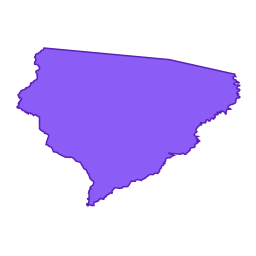 Rio Verde de Mato Grosso, Mato Grosso do Sul, Brazil (Equal Earth projection), rotated 91°
{"feature_id": "56859067B91033371864986", "entity_name": "Rio Verde de Mato Grosso", "entity_type": "district", "adm_level": 2, "iso_a3": "BRA", "parent_name": "Brazil", "parent_adm1": "Mato Grosso do Sul", "projection": "equal_earth", "projection_center": [-54.894, -18.785], "detail": "fine", "context": "isolated", "style": "filled", "palette": "violet", "viewbox_px": 256, "rotation_deg": 91, "n_neighbors": 0, "source": "geoboundaries", "source_scale": "gbopen_adm2", "svg_char_len": 5835}
<svg xmlns="http://www.w3.org/2000/svg" viewBox="0 0 256 256"><g transform="rotate(91 128 128)"><path d="M102.6,236.3L103.3,236.1L103.6,236.8L104.1,237.0L104.3,237.6L105.2,237.3L105.4,237.8L105.8,237.4L106.1,237.9L106.6,237.7L107.1,237.8L107.9,238.3L108.3,238.8L108.8,238.4L109.1,239.3L109.7,238.9L110.1,237.9L109.9,237.2L110.5,235.6L110.7,234.8L111.5,234.5L111.9,234.1L112.5,233.2L112.4,232.5L112.7,231.8L114.1,230.9L113.8,230.2L113.8,229.3L114.2,229.0L114.4,229.5L114.9,229.4L115.2,228.6L115.6,228.0L115.0,227.9L114.5,227.5L114.8,227.1L114.6,226.2L114.9,225.5L115.5,225.4L115.4,224.6L115.6,224.0L116.3,223.7L116.6,222.9L117.1,222.6L116.2,220.8L116.6,219.9L117.2,219.7L117.8,218.2L118.3,217.8L118.6,216.9L119.4,216.5L120.0,216.7L130.5,216.4L130.9,215.6L131.5,215.4L132.0,214.3L132.4,213.9L132.8,213.7L133.3,212.0L133.9,211.5L134.8,211.3L134.8,210.0L135.3,209.5L135.4,208.7L136.1,207.7L136.7,207.3L138.4,207.3L138.9,207.7L143.2,209.1L146.1,209.7L146.2,208.4L147.5,206.9L148.6,204.4L149.1,203.9L150.7,203.0L152.1,202.6L153.1,201.9L153.4,199.7L153.9,198.1L154.9,197.1L156.7,193.6L158.4,189.6L158.2,187.5L158.2,186.8L158.5,186.3L158.2,184.8L158.4,183.2L160.0,181.1L161.8,179.7L162.8,176.7L163.0,175.2L163.6,174.6L165.9,173.6L166.3,172.9L168.9,171.7L169.7,170.9L170.2,169.7L171.7,168.3L172.2,168.1L172.9,168.2L174.4,167.2L175.2,166.1L176.3,166.2L177.2,165.5L178.4,165.5L178.9,165.2L179.3,164.5L179.8,164.5L181.2,163.0L181.2,162.2L181.6,161.9L182.3,161.5L183.6,161.3L185.7,162.1L186.6,163.3L188.0,164.8L188.6,164.9L189.5,164.0L189.7,164.8L191.2,165.7L191.7,165.9L192.3,165.5L192.8,166.2L193.5,166.1L194.1,166.3L194.5,165.9L195.0,165.7L196.8,165.7L197.3,165.4L197.8,165.4L198.2,165.9L198.8,166.2L199.3,167.1L199.9,167.0L200.3,166.3L200.3,165.4L202.9,166.1L203.4,166.2L204.0,165.9L204.4,166.3L204.2,166.9L204.5,167.6L204.9,168.0L205.5,167.9L206.5,166.8L206.3,166.3L205.8,166.2L205.5,165.4L205.8,163.9L206.3,162.2L206.0,161.7L206.1,160.7L205.4,160.6L204.3,161.1L202.6,160.5L202.5,159.8L202.6,159.0L202.4,158.5L201.7,158.2L201.9,157.5L201.5,156.6L201.1,156.0L200.0,155.9L199.4,154.5L198.8,154.4L199.1,153.4L199.6,152.4L199.7,151.5L199.4,150.8L198.2,150.8L197.9,150.0L197.6,149.6L196.8,149.4L196.8,148.6L195.7,148.2L194.5,146.0L193.5,145.4L193.3,144.7L193.6,143.1L193.2,142.6L191.9,142.9L191.2,142.8L187.9,140.1L188.0,138.6L188.5,135.9L188.5,134.9L188.2,134.3L188.1,132.9L186.6,131.3L186.8,129.7L186.6,128.6L186.7,127.8L185.7,126.5L181.6,124.2L181.0,123.6L181.3,122.9L181.2,122.0L181.0,121.2L181.2,120.6L181.2,119.9L180.1,119.2L179.5,118.2L179.3,117.5L179.8,116.1L179.8,115.4L179.7,114.7L180.3,113.8L179.0,112.5L178.7,111.5L178.0,110.0L176.7,108.8L174.3,105.6L174.0,104.9L174.2,102.2L173.8,101.5L173.1,100.9L172.6,100.1L172.7,98.1L172.9,97.3L170.4,95.6L169.8,95.8L168.9,95.6L167.6,94.2L165.6,93.8L165.1,93.1L164.4,91.8L164.0,91.7L163.0,92.0L162.6,91.6L162.8,90.6L162.3,90.7L161.9,91.2L161.3,90.4L160.7,90.0L158.1,89.6L157.6,89.1L157.1,87.5L157.1,85.6L156.3,84.5L155.9,83.7L155.2,83.4L154.6,81.6L152.4,87.4L153.3,75.6L153.2,74.6L152.2,72.8L152.4,72.2L153.2,71.2L153.4,70.5L153.2,69.9L152.8,69.3L150.6,67.3L149.4,65.8L148.8,65.4L147.8,65.5L147.0,64.9L146.4,63.4L146.5,62.0L146.2,61.4L145.5,60.7L144.8,60.6L143.7,61.0L143.0,60.7L142.6,59.4L141.4,57.9L140.2,56.9L139.9,56.1L139.4,56.3L139.4,57.1L139.8,57.8L140.4,58.2L140.6,58.8L140.1,59.1L138.1,57.7L137.6,58.3L137.6,59.3L137.0,59.7L136.0,59.2L135.3,57.9L134.9,60.8L133.4,61.7L133.0,61.5L132.0,60.7L131.1,59.5L130.5,59.0L129.8,59.8L129.2,60.0L128.4,59.9L127.5,59.6L124.6,57.2L123.7,55.9L123.6,54.6L123.0,54.6L122.0,55.7L121.5,55.6L121.3,54.9L121.6,54.2L121.7,53.6L121.5,53.0L121.6,51.5L121.4,50.7L120.9,50.3L120.4,50.1L119.2,50.2L118.8,49.9L118.3,49.1L118.3,48.5L118.5,48.1L119.5,47.7L119.6,47.1L119.6,46.5L119.2,45.9L117.7,45.5L116.7,44.4L116.5,43.8L116.5,43.1L117.6,42.9L117.4,42.3L115.5,40.9L114.5,41.2L114.0,41.7L113.4,41.8L113.0,41.1L113.3,39.4L113.2,38.7L112.8,38.2L112.3,38.2L111.3,39.2L110.9,39.2L110.5,38.7L110.5,38.1L110.8,37.4L111.2,37.0L111.5,36.4L111.3,35.5L110.8,35.2L110.0,36.0L109.6,35.9L109.5,35.1L109.6,33.9L109.9,32.7L110.3,32.3L110.8,31.0L111.9,31.1L112.4,30.5L112.0,30.1L111.0,30.2L108.1,29.7L107.7,29.1L107.7,28.2L107.3,25.7L106.6,26.4L106.6,27.8L106.2,28.3L105.6,28.5L104.3,28.0L102.7,25.3L102.7,24.5L101.5,21.7L100.5,20.8L98.8,20.7L97.1,20.3L96.6,19.8L96.1,18.6L95.9,17.3L95.4,16.7L94.8,16.8L94.4,17.2L94.0,18.7L93.5,19.0L93.1,18.9L92.5,18.0L91.9,18.2L91.6,19.9L91.2,20.0L90.1,19.0L89.5,18.1L88.8,17.3L88.3,17.0L87.8,16.9L87.3,17.4L87.0,18.3L87.1,19.2L86.8,19.9L86.2,20.1L85.2,19.5L84.2,18.6L83.9,17.4L83.4,17.1L83.1,18.2L83.1,20.8L82.9,21.8L82.6,22.6L82.2,23.0L81.8,22.9L81.0,21.8L80.7,20.5L81.2,18.1L80.6,17.8L79.9,18.9L79.5,20.0L79.1,20.5L78.4,20.7L78.0,21.3L77.9,22.4L77.3,23.1L76.0,23.9L75.6,23.8L75.2,23.5L74.7,22.7L74.6,22.1L74.7,21.2L74.3,21.4L74.0,21.9L73.4,22.3L72.4,22.1L58.9,88.0L49.5,213.4L50.8,213.9L51.4,214.2L51.9,215.8L52.2,216.2L52.8,216.5L53.3,217.0L53.8,217.1L53.9,217.7L54.3,218.1L54.5,218.6L55.4,219.4L55.3,220.3L55.7,221.1L56.6,221.8L58.0,221.9L58.5,222.5L59.0,222.6L59.7,221.8L61.0,221.3L62.7,221.4L63.0,222.1L63.5,222.4L65.0,222.6L65.7,222.5L66.1,222.1L65.9,220.4L66.1,219.9L66.8,219.2L67.1,218.6L67.6,218.6L69.6,217.3L70.4,217.5L70.9,218.1L72.1,218.9L72.0,219.5L72.2,220.2L72.6,220.4L72.8,221.0L73.9,221.0L74.3,220.8L74.7,220.4L77.0,219.6L77.5,219.9L79.0,219.4L80.1,219.8L80.6,219.8L81.9,221.5L82.4,222.7L84.0,223.9L84.6,225.7L85.0,226.2L85.6,225.7L86.6,226.3L87.6,226.5L87.7,227.2L88.2,227.3L89.5,229.4L89.5,230.7L90.1,230.7L90.5,231.0L90.7,231.6L91.3,231.9L91.8,233.3L91.7,233.9L92.7,235.2L92.8,235.9L94.2,236.3L94.7,236.9L95.3,236.9L96.7,238.5L97.4,238.4L97.7,237.9L98.9,237.7L99.5,237.4L99.9,236.9L99.5,236.5L99.8,235.8L100.8,234.9L101.3,234.9L101.8,235.2L101.9,236.1L102.6,236.3Z" fill="#8b5cf6" stroke="#5b21b6" stroke-width="1.5"/></g></svg>